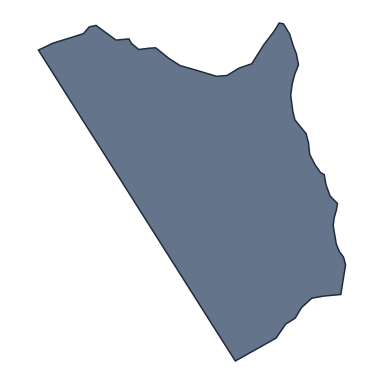 the district of Dédé-Mokouba, Mambéré-Kadéï, Central African Republic
{"feature_id": "33826404B19731387545693", "entity_name": "Dédé-Mokouba", "entity_type": "district", "adm_level": 2, "iso_a3": "CAF", "parent_name": "Central African Republic", "parent_adm1": "Mambéré-Kadéï", "projection": "equal_earth", "projection_center": [15.345, 3.879], "detail": "fine", "context": "isolated", "style": "filled", "palette": "slate", "viewbox_px": 384, "rotation_deg": 0, "n_neighbors": 0, "source": "geoboundaries", "source_scale": "gbopen_adm2", "svg_char_len": 869}
<svg xmlns="http://www.w3.org/2000/svg" viewBox="0 0 384 384"><path d="M340.8,294.5L345.6,264.8L343.5,257.1L339.3,251.4L336.3,244.1L333.2,225.8L334.1,218.1L336.3,210.4L337.5,203.5L330.2,196.2L326.0,184.8L324.2,174.6L320.6,172.6L315.1,164.9L309.7,154.3L308.5,142.9L306.1,133.6L300.7,127.1L294.9,119.8L292.8,111.2L290.7,95.4L292.2,84.0L294.6,74.6L298.5,64.9L296.4,53.9L293.4,46.2L289.8,34.4L283.5,23.9L279.2,23.0L273.8,31.6L263.9,44.6L251.8,63.7L239.1,68.1L227.0,75.5L216.5,76.3L202.9,72.2L189.0,68.1L180.3,65.7L168.8,58.4L162.8,53.5L155.6,47.8L149.2,48.2L138.7,49.5L131.4,43.4L129.0,38.9L116.0,40.1L96.0,25.4L89.2,26.9L83.5,33.6L73.5,36.8L52.5,43.3L46.6,46.2L38.4,50.1L74.5,107.2L93.2,136.7L93.4,136.9L208.0,318.0L235.3,361.0L276.2,338.0L285.6,324.2L295.2,318.1L301.6,307.5L311.8,298.2L323.6,296.1L340.8,294.5Z" fill="#64748b" stroke="#1e293b" stroke-width="1.5"/></svg>